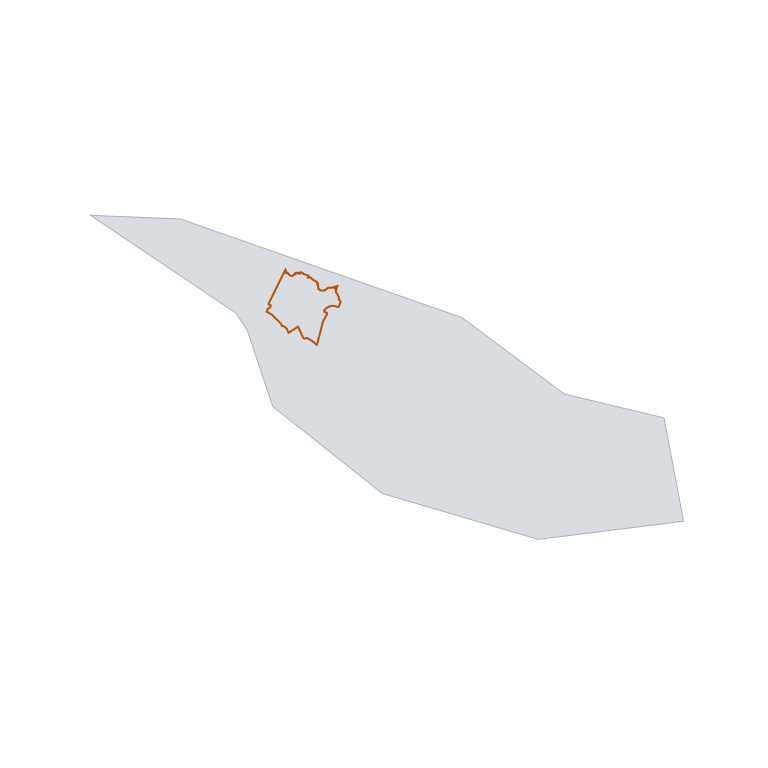 Ngkeklau, Ngiwal, Palau shown in context, rotated 281°
{"feature_id": "81905179B53990233662504", "entity_name": "Ngkeklau", "entity_type": "district", "adm_level": 2, "iso_a3": "PLW", "parent_name": "Palau", "parent_adm1": "Ngiwal", "projection": "robinson", "projection_center": [134.636, 7.588], "detail": "fine", "context": "in_parent", "style": "outline", "palette": "amber", "viewbox_px": 768, "rotation_deg": 281, "n_neighbors": 0, "source": "geoboundaries", "source_scale": "gbopen_adm2", "svg_char_len": 4595}
<svg xmlns="http://www.w3.org/2000/svg" viewBox="0 0 768 768"><g transform="rotate(281 384 384)"><path d="M404.1,665.3L306.5,704.3L260.9,564.9L276.2,403.3L340.7,279.1L411.0,239.3L425.4,225.0L493.6,63.7L507.1,152.7L464.0,447.9L408.6,562.8L404.1,665.3Z" fill="#d9dde1" stroke="#a8b0b8" stroke-width="1"/><path d="M416.1,280.5L423.8,288.7L414.0,295.8L413.3,297.2L413.9,298.3L414.5,299.8L413.6,302.5L412.8,304.5L411.6,306.9L409.7,310.5L414.2,311.2L415.7,310.8L418.4,311.3L427.1,311.8L433.6,312.1L439.0,313.9L441.8,314.7L442.7,314.7L443.3,312.9L443.7,311.3L444.8,311.3L447.2,312.6L449.9,315.8L451.1,319.1L451.1,321.2L450.8,324.1L451.1,324.8L452.7,325.2L455.4,325.5L456.2,325.7L457.6,324.9L458.2,323.5L460.1,323.2L462.2,321.9L465.6,318.9L471.3,319.5L471.2,319.3L471.1,319.2L470.9,319.0L470.8,318.8L470.6,318.9L470.4,318.7L470.2,318.6L470.4,318.6L470.5,318.6L470.6,318.4L470.6,318.2L470.6,317.9L470.6,317.7L470.4,317.4L470.0,317.0L469.8,316.9L469.7,316.7L469.4,316.6L469.2,316.6L469.1,316.8L469.0,317.2L469.1,317.3L468.9,317.4L468.8,317.1L468.6,317.2L468.8,316.9L468.9,316.7L469.0,316.4L469.1,316.2L469.1,315.7L469.0,315.3L468.8,314.9L468.7,314.6L468.7,314.4L468.5,314.0L468.4,313.8L468.2,313.5L468.2,313.4L468.2,312.8L468.1,312.5L468.1,312.3L468.0,312.1L468.0,311.8L467.9,311.6L467.9,311.2L467.9,310.9L467.6,310.6L467.3,310.3L467.2,310.1L467.0,309.9L466.6,309.8L466.4,309.8L466.2,309.4L466.1,309.2L465.9,309.1L465.8,308.9L465.7,308.8L465.5,308.6L465.4,308.4L465.0,308.2L464.9,308.1L464.6,308.0L464.6,307.8L464.5,307.6L464.4,307.4L464.4,307.2L464.1,306.8L464.1,306.4L463.9,306.1L463.9,305.6L463.9,305.0L463.8,304.3L463.8,304.0L463.7,303.7L463.9,303.6L464.2,303.1L464.4,302.7L464.5,302.4L464.6,302.2L464.7,301.8L464.8,301.8L464.8,301.5L465.3,301.5L465.5,301.3L465.8,301.1L466.0,300.9L466.5,300.8L466.8,300.9L467.0,300.9L467.3,300.8L467.5,300.7L467.9,300.5L468.0,300.4L468.2,300.2L468.3,300.2L468.5,299.8L468.6,299.7L468.6,299.3L468.7,299.2L468.6,298.9L468.7,299.0L468.8,299.3L469.0,299.6L469.1,299.8L469.4,299.9L469.5,299.9L469.6,300.0L469.8,300.0L470.0,299.9L470.2,299.7L470.3,299.7L470.8,299.2L470.9,298.8L471.0,298.8L471.2,298.7L471.3,298.5L471.4,298.4L471.6,298.4L471.7,298.0L471.6,297.8L471.7,297.3L471.8,297.1L472.0,296.8L472.1,296.4L472.2,296.1L472.3,296.0L472.3,295.9L472.3,295.7L472.5,295.5L472.5,295.4L472.6,295.2L472.6,294.9L472.7,294.7L472.8,294.5L472.8,294.3L472.9,294.2L473.1,294.1L473.2,293.8L473.3,293.6L473.5,293.3L473.6,293.0L473.9,292.6L474.1,292.4L474.4,291.9L474.5,291.4L474.6,290.8L474.5,290.6L474.4,290.5L474.4,290.3L474.3,290.2L474.1,290.1L474.0,289.9L473.9,289.7L474.1,289.5L474.1,289.4L474.9,290.0L475.5,289.1L475.7,288.8L475.9,288.9L476.1,288.8L476.1,288.6L476.1,287.8L476.2,287.4L476.3,287.0L476.3,286.7L476.3,286.2L476.4,285.8L476.5,285.5L476.6,285.2L476.6,284.9L476.7,284.5L476.7,284.2L476.7,283.8L476.8,283.4L477.0,283.5L477.2,283.3L477.3,283.2L477.6,282.9L477.6,282.7L477.5,282.4L477.7,282.0L477.8,281.7L477.8,281.3L477.7,281.2L477.7,280.8L477.7,280.7L477.6,280.4L477.4,280.3L477.3,280.2L477.2,280.2L476.9,280.2L476.7,280.1L476.3,280.1L476.3,280.3L476.2,280.3L476.2,280.2L476.1,279.9L476.1,279.7L476.1,279.4L476.1,279.2L476.3,279.2L476.5,279.2L476.6,278.9L476.7,278.7L476.8,278.5L476.6,278.3L476.3,278.4L476.3,278.2L476.4,277.9L476.2,277.8L476.0,277.6L476.3,277.7L476.5,277.5L476.5,277.4L476.6,277.1L476.6,276.9L476.6,276.7L476.5,276.3L476.4,276.2L476.3,275.9L476.2,275.8L475.8,276.0L475.8,275.9L475.6,275.9L475.4,275.6L475.2,275.5L475.0,275.4L474.8,275.2L474.7,275.3L474.7,275.0L474.6,274.9L474.4,274.8L474.2,274.7L474.0,274.4L473.9,274.4L473.5,274.2L473.4,274.1L473.1,274.1L473.0,273.9L472.9,273.7L472.8,273.4L472.7,273.4L472.7,273.2L472.6,272.8L472.6,272.6L472.5,272.4L472.6,272.1L472.5,271.9L472.5,271.7L472.6,271.3L472.7,271.0L472.8,270.8L472.9,270.7L473.1,270.3L473.1,270.2L473.4,270.0L473.4,269.9L473.6,269.6L473.8,269.3L474.0,269.2L474.2,268.9L474.3,268.8L474.3,268.7L474.3,268.4L474.4,268.2L474.6,268.2L474.8,268.0L474.9,267.7L475.0,267.5L475.0,267.4L474.9,267.4L474.9,267.2L474.8,267.3L474.7,267.2L474.4,267.0L474.4,266.9L474.4,266.7L474.5,266.7L474.6,266.4L474.6,266.1L474.7,265.9L474.8,265.7L475.0,265.4L474.9,265.5L474.9,265.8L475.0,265.9L475.2,266.0L475.3,266.0L475.5,266.0L475.5,265.9L475.7,265.7L475.9,265.7L476.0,265.7L476.0,265.8L476.3,265.9L476.5,265.9L476.8,265.8L476.9,265.7L477.1,265.7L477.5,265.4L440.4,255.3L440.2,255.9L439.5,257.9L438.2,257.8L436.9,257.2L435.6,255.4L434.1,255.5L432.6,255.1L430.7,260.7L427.8,264.9L425.5,268.6L423.4,271.4L421.6,272.7L421.4,275.4L419.5,278.2L416.1,280.5Z" fill="none" stroke="#b45309" stroke-width="2"/></g></svg>